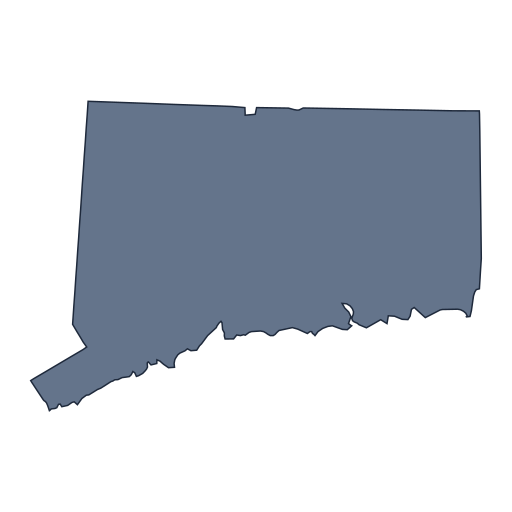 the State of Connecticut
{"feature_id": "USA-3537", "entity_name": "Connecticut", "entity_type": "State", "adm_level": 1, "iso_a3": "USA", "parent_name": "United States of America", "parent_adm1": "", "projection": "natural_earth1", "projection_center": [-72.846, 41.528], "detail": "fine", "context": "isolated", "style": "filled", "palette": "slate", "viewbox_px": 512, "rotation_deg": 0, "n_neighbors": 0, "source": "natural_earth", "source_scale": "10m", "svg_char_len": 2610}
<svg xmlns="http://www.w3.org/2000/svg" viewBox="0 0 512 512"><path d="M49.7,410.5L49.4,410.7L48.3,407.4L47.6,405.4L46.5,402.9L45.7,401.9L45.2,401.4L44.1,400.7L43.3,399.8L37.6,391.2L32.0,382.7L30.7,380.6L34.0,378.5L44.4,372.4L57.4,364.7L71.6,356.3L83.0,349.6L86.7,347.0L83.2,342.1L80.2,337.0L76.9,331.6L72.6,324.3L73.0,318.7L73.9,305.2L74.9,291.6L75.8,278.0L76.8,264.3L77.7,250.8L78.7,237.2L79.6,223.6L80.6,210.0L81.5,196.4L82.4,182.8L83.4,169.2L84.3,155.6L85.3,142.0L86.2,128.4L87.2,114.9L88.1,101.3L116.5,102.3L144.9,103.3L173.3,104.4L201.6,105.4L217.4,105.9L232.3,106.5L244.9,107.6L245.2,115.2L255.2,114.3L256.6,107.6L288.5,108.1L294.0,109.6L297.0,110.1L299.0,110.0L303.2,108.0L315.0,108.2L349.5,108.8L383.9,109.5L418.3,110.1L452.7,110.8L479.3,110.9L479.5,114.1L479.8,131.0L480.0,148.0L480.2,164.9L480.4,181.9L480.6,198.8L480.8,215.8L481.0,232.7L481.2,249.7L481.3,258.5L480.5,270.7L479.4,288.8L476.3,289.6L474.8,291.9L473.5,295.9L471.4,310.7L470.0,316.5L466.5,316.9L466.4,316.8L467.3,316.2L465.9,313.3L463.6,311.3L460.5,309.7L457.6,309.2L442.3,309.5L440.1,310.0L425.3,317.6L414.2,307.5L411.5,309.3L410.1,316.2L407.9,319.6L402.1,319.3L394.5,316.2L388.3,315.8L387.0,323.6L380.7,319.7L366.4,327.8L359.0,324.7L357.3,323.2L354.0,321.8L352.6,320.7L351.8,318.5L352.4,316.5L353.3,314.2L353.5,311.6L352.3,308.6L350.0,305.8L346.6,303.8L342.1,303.4L344.8,308.1L348.7,312.0L350.9,316.6L348.5,323.6L350.8,325.3L351.7,325.8L347.3,329.7L342.4,329.4L332.4,325.8L327.9,326.4L322.7,328.4L318.0,331.6L315.0,335.6L313.8,334.3L312.9,333.7L312.3,333.1L311.7,331.6L309.9,331.6L307.4,333.5L297.7,329.1L292.4,327.6L279.0,330.5L276.9,332.4L275.1,334.4L273.2,335.6L270.3,335.6L268.0,334.4L265.9,332.9L263.6,331.6L260.4,331.0L251.5,331.6L249.1,332.4L245.3,335.2L243.6,334.7L240.5,335.6L236.7,335.0L233.6,338.9L225.1,339.0L224.3,335.9L224.4,332.9L222.6,329.5L222.0,322.7L221.0,321.3L218.9,323.2L216.9,326.1L216.3,327.6L207.6,335.6L201.6,343.7L199.5,345.8L196.7,350.2L190.9,350.7L187.4,348.8L185.0,350.8L179.9,353.1L177.8,354.8L175.7,358.0L174.8,359.7L174.1,363.4L174.5,367.3L168.5,367.7L163.6,364.3L161.5,362.5L160.1,361.2L156.9,359.8L156.8,363.5L151.0,364.9L149.4,363.1L148.7,362.2L148.2,361.9L147.2,363.0L147.5,367.0L146.6,369.0L145.2,370.8L142.7,373.4L138.6,375.7L136.4,376.4L134.8,372.8L132.9,371.5L131.2,374.8L129.3,376.6L126.0,377.1L122.1,377.6L118.0,379.6L114.7,379.8L112.9,381.0L111.0,381.6L100.7,388.2L97.5,389.5L88.8,394.9L86.3,395.2L81.9,398.5L77.4,404.7L74.2,401.8L71.9,402.5L67.7,405.4L61.8,406.7L60.2,404.1L58.5,404.3L56.8,407.7L54.9,408.5L51.3,408.9L49.7,410.5Z" fill="#64748b" stroke="#1e293b" stroke-width="1.5"/></svg>